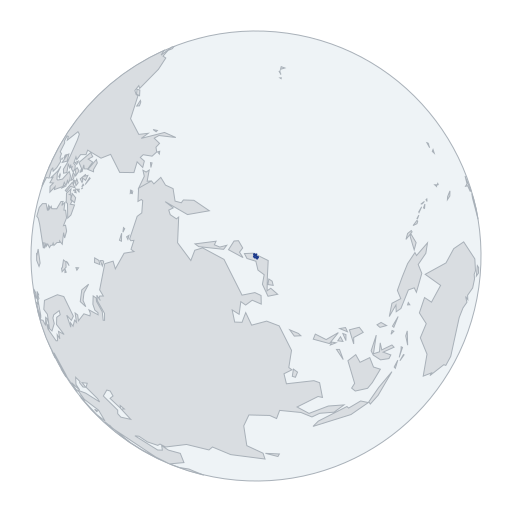 globe centered on Miyagi, rotated 278°
{"feature_id": "JPN-1866", "entity_name": "Miyagi", "entity_type": "Prefecture", "adm_level": 1, "iso_a3": "JPN", "parent_name": "Japan", "parent_adm1": "", "projection": "orthographic", "projection_center": [141.11, 38.38], "detail": "fine", "context": "on_globe", "style": "filled", "palette": "blue", "viewbox_px": 512, "rotation_deg": 278, "n_neighbors": 0, "source": "natural_earth", "source_scale": "10m", "svg_char_len": 12599}
<svg xmlns="http://www.w3.org/2000/svg" viewBox="0 0 512 512"><g transform="rotate(278 256 256)"><circle cx="256" cy="256" r="225" fill="#eef3f6" stroke="#a8b0b8"/><path d="M391.9,409.5L391.9,410.4L391.6,410.7L391.9,409.5ZM446.9,136.4L441.7,134.0L451.3,143.6L452.0,145.6L449.6,144.2L447.4,140.3L441.0,136.1L439.5,139.1L427.3,133.4L405.8,117.5L408.4,116.2L403.0,113.0L399.3,114.8L398.2,116.8L374.5,112.7L360.1,123.0L362.5,132.2L356.5,126.0L365.6,148.2L362.2,160.1L361.8,143.1L358.5,138.8L354.1,144.8L349.8,141.8L345.2,143.2L340.4,139.2L340.6,130.2L337.5,127.7L334.5,132.2L327.9,131.5L332.7,125.2L321.6,123.5L319.8,109.4L336.4,97.9L331.3,88.9L337.4,74.6L332.7,73.5L332.0,68.2L326.4,65.1L329.1,63.9L322.2,62.6L320.8,64.4L317.2,64.6L313.8,63.2L316.7,61.1L318.8,61.5L317.9,60.2L320.8,59.9L317.4,59.2L321.3,57.3L312.3,57.1L311.2,53.9L315.2,53.2L321.4,55.9L346.1,63.0L352.1,64.1L354.3,62.4L344.4,53.0L348.3,53.5L348.6,52.2L343.5,50.4L341.4,50.8L331.9,47.6L330.4,49.1L326.3,48.3L322.2,49.3L315.7,46.4L311.7,43.3L314.8,42.5L313.1,41.3L304.3,40.2L304.6,37.6L295.1,34.4L295.9,34.4L308.0,36.8L322.6,40.9L337.7,46.1L352.4,52.4L366.6,59.8L380.3,68.1L393.3,77.4L405.7,87.6L417.3,98.7L428.0,110.6L437.9,123.2L446.9,136.4ZM336.6,45.6L320.9,40.3L321.4,40.4L336.6,45.6ZM446.2,258.4L444.3,254.3L447.0,254.6L446.2,258.4ZM442.2,253.4L443.0,254.5L442.1,253.9L442.2,253.4ZM440.8,254.0L441.8,253.6L440.8,254.6L440.8,254.0ZM439.1,255.5L440.0,254.5L439.9,254.8L439.1,255.5ZM436.0,256.2L435.1,256.2L435.7,254.9L436.0,256.2ZM398.5,118.4L399.7,115.2L404.6,115.0L404.1,117.9L398.5,118.4ZM388.5,119.7L387.9,117.0L394.0,119.9L392.5,120.5L388.5,119.7ZM365.1,139.8L366.9,136.5L366.6,140.9L365.1,139.8ZM345.4,144.1L346.3,146.1L343.5,146.1L345.4,144.1ZM326.0,50.9L324.2,50.1L325.9,50.3L326.0,50.9ZM326.0,52.2L329.3,53.0L329.8,53.8L327.7,53.2L326.0,52.2ZM333.7,140.1L329.0,139.6L333.8,138.5L333.7,140.1ZM321.7,51.1L330.2,55.1L331.0,56.5L323.7,55.8L321.7,51.1ZM326.3,138.3L314.9,137.8L315.8,142.0L306.8,130.3L319.4,134.3L325.2,132.1L323.8,135.5L326.3,138.3ZM321.8,65.7L323.2,63.7L325.3,66.8L321.8,65.7ZM324.0,67.7L335.4,77.9L331.6,80.5L328.6,76.3L326.3,81.2L318.8,77.3L318.4,73.8L322.3,72.8L316.5,72.2L324.0,67.7ZM303.6,124.1L300.9,122.8L303.8,122.5L303.6,124.1ZM316.0,64.9L318.6,66.6L315.6,68.9L309.7,66.0L312.6,66.2L316.0,64.9ZM329.3,84.5L326.0,85.9L319.1,83.1L316.8,83.4L318.3,77.5L329.3,84.5ZM311.5,64.9L306.8,64.5L305.1,62.2L313.2,63.5L311.5,64.9ZM317.2,70.8L315.5,71.8L314.5,70.3L317.2,70.8ZM296.4,54.4L299.6,56.0L298.3,57.3L296.4,54.4ZM305.2,64.6L305.8,65.4L305.6,66.2L302.3,65.5L305.2,64.6ZM313.3,76.1L311.1,74.8L312.4,78.3L307.2,76.7L309.2,73.1L306.2,74.0L304.6,73.5L307.9,71.2L313.3,76.1ZM298.4,67.3L299.1,62.7L293.4,59.3L294.4,58.0L303.4,63.8L298.4,67.3ZM303.7,69.7L300.6,67.9L303.5,67.0L307.3,67.8L303.7,69.7ZM303.0,76.9L310.4,80.3L309.8,81.0L303.0,76.9ZM296.2,66.4L296.1,67.5L295.4,66.2L296.2,66.4ZM300.3,73.8L303.0,74.8L302.2,75.6L300.3,73.8ZM293.6,69.1L293.8,67.6L296.4,67.9L293.6,69.1ZM296.2,71.4L294.4,72.2L297.2,69.0L297.5,71.7L296.2,71.4ZM299.1,74.3L299.4,75.1L298.0,73.8L299.1,74.3ZM283.5,68.8L286.4,64.8L292.2,65.5L288.6,69.3L283.5,68.8ZM91.3,102.3L91.4,102.2L77.0,120.0L71.6,129.4L81.4,121.6L90.2,105.9L98.3,98.2L96.5,106.4L89.7,121.5L92.6,119.1L102.4,106.0L106.5,106.6L106.4,101.5L102.3,105.7L102.2,102.9L105.9,99.0L107.2,99.1L110.8,94.3L103.8,95.6L98.8,100.0L104.9,91.0L97.2,97.7L96.8,97.3L109.7,85.8L112.7,83.8L132.0,69.5L129.4,70.6L111.0,84.5L114.3,81.5L110.6,84.1L115.9,79.9L136.7,65.3L145.7,59.6L158.8,52.8L160.3,52.1L172.2,47.1L165.9,49.9L168.5,49.0L162.7,52.0L162.7,54.0L158.0,57.3L165.9,56.3L164.6,58.1L160.3,58.0L154.8,60.1L144.2,69.9L144.5,71.3L150.4,70.1L146.7,73.3L153.9,70.9L151.6,76.9L160.4,68.0L167.6,67.2L170.6,70.3L174.5,68.7L169.7,63.9L166.4,63.5L161.0,65.6L153.4,64.4L155.3,61.6L169.3,57.5L173.6,53.3L182.6,52.7L190.0,64.7L189.1,71.3L171.0,83.5L166.6,82.1L171.0,76.8L159.7,82.5L164.1,81.6L161.0,84.6L167.2,85.3L165.3,87.5L174.4,84.8L172.8,87.6L167.1,89.2L174.8,93.6L173.6,99.9L176.3,99.9L179.4,98.1L175.8,107.8L177.9,107.4L179.9,104.0L185.5,101.2L193.8,100.3L192.1,103.6L188.8,104.4L179.4,111.5L171.1,113.6L171.2,115.0L178.1,114.0L189.5,105.2L195.0,103.8L190.2,108.1L192.4,106.4L194.6,106.8L195.1,110.4L200.7,105.9L227.3,107.3L231.0,115.2L223.7,118.5L240.4,125.0L243.4,134.6L245.2,131.3L254.5,132.9L253.7,129.9L255.3,128.5L278.7,132.8L282.8,136.9L295.0,136.1L296.0,134.6L293.6,131.5L306.8,130.3L315.8,142.0L313.2,144.8L320.6,150.8L313.6,156.5L311.2,164.5L299.1,168.2L298.3,174.6L301.4,176.3L302.5,186.8L294.3,203.5L287.5,182.4L297.2,158.5L292.1,167.3L289.3,163.2L285.0,165.3L281.7,172.0L283.8,174.0L258.2,176.5L242.4,192.1L253.2,194.6L256.6,202.0L248.2,224.8L215.3,247.6L219.6,260.0L217.6,266.5L209.1,267.9L211.7,258.4L206.0,252.6L208.7,247.3L195.9,247.4L199.3,239.9L187.6,244.1L188.4,251.4L198.5,253.7L186.9,261.3L193.0,275.6L190.0,288.7L167.5,304.3L150.1,304.0L148.3,307.4L143.3,300.1L133.7,303.9L140.6,330.7L139.4,336.6L125.2,341.5L125.5,337.0L112.2,317.7L107.5,330.4L117.5,348.5L120.8,363.9L112.2,355.0L109.1,341.0L104.4,333.8L107.3,322.3L106.4,300.9L97.9,299.0L100.0,291.8L97.6,271.1L86.1,267.5L66.9,273.3L61.7,290.4L56.2,293.2L55.8,258.6L60.8,239.5L57.4,236.4L59.7,213.4L54.3,193.1L56.4,187.1L54.8,185.1L56.8,174.3L61.2,165.2L61.1,161.1L50.2,185.6L50.7,190.3L55.1,189.0L51.6,196.2L50.0,208.5L41.4,213.4L38.1,199.3L42.7,185.3L65.4,137.9L67.4,135.5L67.7,135.1L68.3,134.3L65.4,137.4L70.9,129.2L53.5,157.9L48.5,168.4L38.0,199.6L37.8,200.1L35.9,208.4L35.7,219.2L34.6,223.2L31.7,234.8L33.9,218.5L37.2,202.4L41.7,186.6L47.3,171.2L54.0,156.2L61.8,141.8L70.7,127.9L80.5,114.7L91.3,102.3ZM77.6,144.6L76.8,154.7L85.7,143.8L86.2,146.9L89.1,142.3L86.4,143.0L94.7,131.3L97.5,133.9L102.0,130.4L102.5,126.9L96.1,124.3L84.1,140.5L80.6,141.0L77.6,144.6ZM301.8,35.4L296.8,34.5L299.7,35.0L301.8,35.4ZM314.2,38.4L318.8,39.7L317.9,39.4L314.1,38.3L314.2,38.4ZM189.1,42.8L184.4,44.3L182.7,44.2L188.7,41.5L191.2,41.4L189.1,42.8ZM178.2,46.6L190.5,44.1L187.3,46.2L187.0,45.4L183.6,47.0L182.3,46.1L167.3,51.1L164.8,51.5L177.2,45.3L174.5,46.9L179.2,45.1L178.2,46.6ZM227.4,39.0L232.6,39.3L218.9,43.2L215.5,42.6L221.2,39.4L228.5,38.3L227.4,39.0ZM307.2,49.7L310.1,50.5L309.3,50.9L306.2,50.6L307.2,49.7ZM298.0,55.1L293.7,47.1L296.8,47.4L290.5,43.0L296.3,42.4L300.1,45.2L299.9,41.7L305.7,44.0L304.6,41.7L312.6,47.9L317.7,50.3L309.8,47.8L304.3,48.2L303.6,49.1L305.2,53.6L313.7,59.3L309.7,61.1L304.6,60.9L301.9,59.8L305.4,58.9L299.3,58.0L302.3,55.9L298.0,55.1ZM247.2,64.0L252.3,62.2L240.7,62.5L243.6,59.4L242.1,59.7L241.6,57.0L238.3,54.4L240.6,53.3L238.3,52.8L238.0,51.3L235.6,50.3L238.9,48.1L236.3,46.9L239.3,46.6L234.0,45.1L239.4,45.3L239.5,43.6L234.2,44.3L257.5,37.3L263.1,35.1L264.8,33.4L273.9,34.6L278.1,37.2L278.7,40.9L272.0,43.2L277.4,43.6L275.7,44.9L272.2,44.0L276.7,46.3L274.4,47.2L275.0,52.1L282.8,55.3L283.2,57.4L279.0,56.6L282.4,59.3L274.7,59.4L274.8,61.1L267.4,63.1L259.2,61.1L260.0,63.1L254.3,65.0L247.2,64.0ZM281.3,69.2L270.8,67.0L267.3,64.3L281.7,62.0L282.7,60.6L291.8,59.6L296.7,63.5L293.7,63.4L291.8,64.2L291.0,62.6L290.3,64.6L286.1,64.5L284.4,66.1L281.4,64.9L281.3,69.2ZM117.1,78.6L115.0,80.3L112.1,82.8L109.7,84.7L112.3,82.5L117.1,78.6ZM130.9,68.7L131.5,68.3L129.9,69.4L127.0,71.3L130.9,68.7ZM133.0,67.5L130.1,69.2L133.2,67.2L133.0,67.5ZM159.2,59.2L158.0,60.6L156.3,61.2L155.1,60.9L159.2,59.2ZM213.4,66.2L216.9,65.1L217.5,65.8L225.3,65.9L223.8,68.5L218.5,69.5L213.4,66.2ZM80.6,120.7L79.7,120.0L81.6,117.5L81.5,118.2L80.6,120.7ZM93.6,100.6L88.7,106.4L93.0,101.1L93.6,100.6ZM213.0,69.1L216.4,68.7L213.5,70.3L213.0,69.1ZM223.1,70.5L220.4,72.3L224.5,68.9L223.1,70.5ZM172.3,413.1L178.9,415.7L178.7,416.4L172.3,413.1ZM165.3,408.3L172.6,410.9L164.2,409.6L165.3,408.3ZM175.5,411.9L183.1,412.7L186.3,412.4L185.9,413.8L175.5,411.9ZM160.4,406.7L135.0,396.3L125.3,389.8L127.3,388.0L142.9,395.8L160.4,406.7ZM126.5,387.6L112.2,372.1L95.2,336.2L101.2,340.7L119.6,367.0L118.3,368.9L127.0,379.8L126.5,387.6ZM162.4,387.8L161.2,394.9L146.8,388.8L140.5,384.9L136.1,373.1L138.5,369.1L143.6,371.4L165.1,361.6L172.2,368.5L165.2,373.8L171.2,382.8L162.4,387.8ZM61.9,292.8L63.2,306.7L60.5,305.6L61.9,292.8ZM175.1,351.7L165.6,356.8L174.7,348.7L175.1,351.7ZM181.3,342.9L181.2,347.3L178.2,342.0L181.3,342.9ZM146.8,313.3L141.4,311.9L141.9,308.7L149.2,308.8L146.8,313.3ZM187.6,299.7L185.2,308.8L183.3,311.5L182.0,305.1L187.6,299.7ZM204.8,94.2L195.6,90.8L188.0,90.9L182.1,94.5L186.4,88.3L198.2,88.2L204.8,94.2ZM224.7,105.2L229.8,102.5L230.2,105.0L229.1,106.0L224.7,105.2ZM225.8,102.6L227.1,97.0L231.7,96.5L229.8,101.0L225.8,102.6ZM219.6,81.9L217.0,80.6L219.4,79.3L219.6,81.9ZM343.6,462.3L347.9,461.0L342.0,463.9L333.2,467.5L323.3,470.8L343.6,462.3ZM270.1,478.7L266.8,477.0L277.3,476.5L275.5,478.1L270.1,478.7ZM349.9,459.1L355.0,455.8L354.2,453.8L356.9,454.9L364.3,451.9L350.4,459.9L349.9,459.1ZM223.4,465.8L183.7,462.8L174.1,459.2L174.5,457.1L161.8,444.9L164.7,446.1L160.3,438.3L182.6,439.0L197.9,430.1L212.7,434.0L222.4,425.7L238.3,428.7L234.7,436.2L252.6,442.9L261.4,426.1L275.6,445.1L290.8,450.8L298.9,459.7L283.6,473.1L271.9,475.4L268.2,474.6L263.7,475.6L254.5,475.0L246.6,471.0L242.3,471.8L245.1,469.2L239.5,471.3L233.4,468.2L223.4,465.8ZM338.4,437.7L341.5,437.5L347.5,439.0L342.4,439.6L338.4,437.7ZM384.1,416.0L386.1,416.5L382.6,418.2L384.1,416.0ZM391.6,410.7L387.4,412.9L391.9,409.5L391.6,410.7ZM351.3,425.2L353.2,425.9L352.0,426.5L351.3,425.2ZM350.0,425.1L351.4,423.0L351.6,424.7L350.0,425.1ZM333.8,417.8L335.4,416.5L336.3,417.2L333.8,417.8ZM188.8,418.6L197.7,415.4L202.9,416.2L188.8,418.6ZM331.0,416.0L326.6,416.3L326.9,415.2L331.0,416.0ZM330.9,413.5L330.3,412.0L333.5,415.2L330.9,413.5ZM322.3,411.0L327.8,413.2L321.7,411.4L322.3,411.0ZM319.2,411.6L315.3,410.7L315.6,410.2L319.2,411.6ZM278.8,414.9L292.9,424.0L282.3,423.8L270.2,417.8L261.9,422.6L242.4,419.9L246.5,417.1L243.6,411.6L224.2,406.8L220.3,402.6L227.0,401.4L214.6,396.4L228.1,397.2L233.9,405.3L241.6,400.8L255.6,403.7L269.6,407.2L281.5,412.9L278.8,414.9ZM228.7,412.9L231.1,413.3L229.1,415.1L228.7,412.9ZM308.0,407.3L313.6,410.4L313.0,411.3L310.4,410.9L308.0,407.3ZM284.1,411.8L296.7,406.0L299.7,406.1L291.5,412.7L284.1,411.8ZM293.3,402.2L299.4,403.0L302.8,406.2L301.6,407.2L293.3,402.2ZM201.2,401.1L200.7,403.0L197.3,400.6L201.2,401.1ZM205.5,400.9L215.9,405.2L204.6,402.4L205.5,400.9ZM175.5,385.9L178.3,391.6L187.3,391.1L180.5,393.6L186.8,403.0L184.9,405.4L178.5,395.3L176.8,403.3L172.9,401.9L170.5,393.8L174.2,385.9L178.1,383.2L194.4,386.1L175.5,385.9ZM205.3,395.0L202.6,388.7L204.7,385.4L207.6,389.1L205.3,395.0ZM195.3,372.8L188.9,364.1L182.5,365.0L195.9,358.8L199.8,368.2L195.3,372.8ZM190.7,356.0L184.7,356.8L191.3,352.8L190.7,356.0ZM183.5,354.0L183.4,348.8L187.8,350.9L183.5,354.0ZM193.7,357.1L195.8,349.0L197.6,354.6L193.7,357.1ZM183.0,337.1L191.6,348.2L179.5,340.9L181.6,324.3L186.9,325.6L183.0,337.1ZM229.3,277.1L229.4,271.8L235.0,271.9L233.3,275.5L229.3,277.1ZM253.2,268.7L236.5,270.2L223.1,271.8L226.1,275.1L221.1,282.8L217.8,273.5L228.9,266.3L238.6,266.7L242.3,259.9L250.8,256.6L252.3,247.4L256.8,244.2L258.4,252.8L253.2,268.7ZM252.6,243.4L258.4,227.9L267.8,232.2L268.7,236.5L262.1,241.7L257.5,239.1L252.6,243.4ZM262.5,225.5L258.1,223.0L257.3,198.0L259.5,193.9L265.1,214.4L261.3,213.2L259.8,218.9L262.5,225.5ZM300.5,124.8L300.8,123.0L302.4,124.9L300.5,124.8ZM254.6,126.8L257.0,125.2L258.8,127.3L254.6,126.8ZM264.8,122.2L261.0,120.9L265.7,120.8L264.8,122.2ZM252.6,118.6L259.9,119.8L251.9,120.7L252.6,118.6Z" fill="#d9dde1" stroke="#a8b0b8" stroke-width="1"/><path d="M257.6,253.7L257.6,253.9L257.7,254.1L257.5,254.3L257.4,254.3L257.3,254.5L257.3,254.8L257.2,254.8L257.1,255.0L257.3,255.0L257.2,255.1L257.1,255.3L257.3,255.3L257.3,255.5L257.2,255.5L257.1,255.8L257.2,256.0L257.2,255.9L257.3,255.9L257.4,256.0L257.2,256.0L257.3,256.1L257.3,256.3L257.2,256.3L257.1,256.2L256.9,256.0L256.8,255.9L256.7,255.9L256.4,255.9L256.3,256.0L256.2,256.0L255.9,256.1L255.8,256.3L255.7,256.5L255.6,256.8L255.4,257.3L255.4,257.5L255.5,257.9L255.4,257.9L255.2,258.0L255.2,258.3L254.9,258.4L254.7,258.3L254.7,258.2L254.5,257.9L254.3,257.9L254.2,257.9L254.0,257.7L253.9,257.7L253.7,257.7L253.4,257.6L253.4,257.4L253.5,257.3L253.5,257.2L253.8,257.1L253.9,256.9L254.0,256.9L254.0,256.7L254.0,256.4L254.1,256.2L254.3,256.0L254.3,255.9L254.4,255.7L254.3,255.4L254.3,255.2L254.2,255.1L254.3,255.0L254.4,254.9L254.5,254.8L254.5,254.7L254.4,254.4L254.3,254.1L254.2,254.0L254.3,254.1L254.6,254.0L254.7,253.9L254.8,253.8L255.1,253.8L255.4,253.9L255.6,254.0L255.9,254.1L256.0,254.1L256.0,254.3L256.2,254.5L256.3,254.5L256.5,254.4L256.8,254.3L257.0,254.3L257.0,254.2L257.1,253.9L257.1,253.7L257.3,253.6L257.5,253.7L257.6,253.7Z" fill="#3b82f6" stroke="#1e3a8a" stroke-width="1.5"/></g></svg>